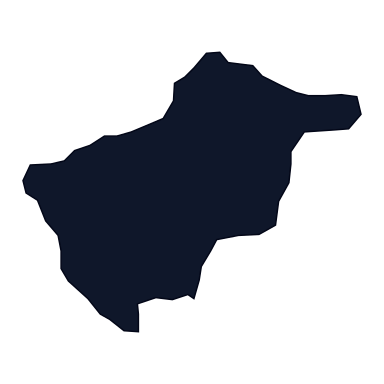 outline of Kyra, Cyprus
{"feature_id": "46923920B69110697471106", "entity_name": "Kyra", "entity_type": "district", "adm_level": 2, "iso_a3": "CYP", "parent_name": "Cyprus", "parent_adm1": "", "projection": "albers", "projection_center": [33.068, 35.212], "detail": "fine", "context": "isolated", "style": "filled", "palette": "ink", "viewbox_px": 384, "rotation_deg": 0, "n_neighbors": 0, "source": "geoboundaries", "source_scale": "gbopen_adm2", "svg_char_len": 834}
<svg xmlns="http://www.w3.org/2000/svg" viewBox="0 0 384 384"><path d="M26.1,193.0L37.5,200.2L45.7,220.9L58.1,235.4L61.1,251.0L61.1,268.6L68.4,281.0L78.7,290.3L87.9,298.6L100.3,314.1L109.6,319.3L124.0,330.7L138.4,331.7L138.4,314.1L137.4,303.8L155.9,297.6L172.4,299.6L187.9,294.5L193.9,298.6L199.2,280.0L201.3,266.5L210.6,251.0L216.7,239.6L238.4,235.4L259.0,234.4L275.5,225.1L278.6,201.3L288.9,182.7L290.9,164.0L290.9,151.6L304.3,131.9L334.2,129.9L348.6,128.8L361.0,114.3L356.8,96.7L341.4,94.7L324.9,95.7L308.4,95.7L296.1,92.6L280.6,85.4L262.1,76.1L252.8,65.7L228.1,62.6L219.8,52.3L206.4,53.3L194.1,67.8L184.8,77.1L174.5,83.3L173.5,100.9L163.2,118.5L143.6,126.8L131.2,132.0L116.8,136.1L104.4,136.1L90.0,145.4L74.6,150.6L64.3,160.9L50.9,164.0L30.3,165.0L23.0,180.6L26.1,193.0Z" fill="#0f172a" stroke="#020617" stroke-width="1.5"/></svg>